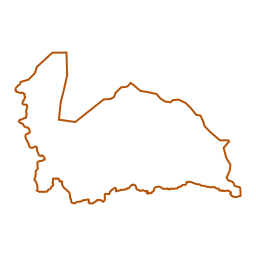 Solís de Mataojo, Lavalleja, Uruguay
{"feature_id": "84410073B13887066663224", "entity_name": "Solís de Mataojo", "entity_type": "district", "adm_level": 2, "iso_a3": "URY", "parent_name": "Uruguay", "parent_adm1": "Lavalleja", "projection": "orthographic", "projection_center": [-55.418, -34.585], "detail": "fine", "context": "isolated", "style": "outline", "palette": "amber", "viewbox_px": 256, "rotation_deg": 0, "n_neighbors": 0, "source": "geoboundaries", "source_scale": "gbopen_adm2", "svg_char_len": 5753}
<svg xmlns="http://www.w3.org/2000/svg" viewBox="0 0 256 256"><path d="M36.9,190.6L39.7,191.9L42.1,191.6L42.7,191.9L43.4,192.0L44.9,191.6L46.6,191.7L47.3,191.5L48.1,189.9L48.7,189.5L49.8,189.2L50.5,188.7L51.1,187.9L51.2,187.1L51.4,186.7L52.6,185.9L53.1,185.0L53.2,184.3L53.0,183.7L52.7,183.4L52.6,182.9L52.9,181.9L52.8,181.4L53.1,180.6L53.0,180.3L52.9,179.5L53.0,178.9L53.2,178.5L53.5,178.4L54.1,178.6L54.8,178.6L56.2,178.9L56.9,178.8L57.0,178.7L56.9,178.5L57.9,178.5L58.5,178.7L58.9,179.1L58.9,179.4L59.2,179.7L59.2,180.3L60.0,181.6L60.3,181.6L60.2,181.3L60.5,181.1L61.6,181.2L61.8,181.3L62.2,182.0L62.0,183.6L62.1,184.8L63.9,187.7L64.4,188.3L66.7,190.0L67.1,190.6L67.4,191.1L68.6,191.7L69.2,192.6L69.4,193.2L69.6,193.4L69.8,194.7L70.2,195.5L69.9,196.6L70.1,197.5L70.1,197.8L70.4,198.0L70.8,198.6L70.8,199.3L71.2,199.9L71.2,200.4L71.1,200.9L71.6,202.6L73.5,203.2L74.6,203.3L75.2,203.2L75.8,202.5L77.1,201.9L79.3,201.7L81.2,201.3L81.7,201.3L82.2,201.0L82.5,200.5L83.3,200.1L84.1,200.2L84.6,200.0L86.4,199.9L87.2,199.6L88.6,199.6L89.0,200.0L89.0,200.7L88.9,201.4L88.5,202.3L88.9,202.8L89.1,203.1L89.8,203.4L92.7,203.4L93.4,203.0L93.6,202.7L94.1,202.3L94.8,201.9L95.6,201.7L95.7,201.4L95.8,201.2L97.1,200.4L97.1,200.1L97.5,199.9L99.0,200.1L100.4,200.0L101.2,200.4L101.5,200.7L102.4,201.2L102.6,201.7L103.2,201.7L103.8,201.2L104.3,200.7L104.9,198.8L104.7,195.6L104.9,194.6L105.1,194.1L105.3,193.9L109.1,194.1L109.5,193.6L110.0,191.8L110.9,190.8L111.0,190.8L111.2,190.4L111.7,190.0L112.3,189.6L112.7,189.6L113.2,188.9L114.4,188.2L114.9,187.7L115.3,187.9L116.1,189.0L116.3,189.9L116.1,190.3L116.0,190.9L116.1,191.2L116.6,191.3L117.6,190.9L119.4,190.6L120.6,190.0L122.5,189.8L123.0,189.9L123.6,189.6L124.0,189.7L125.6,189.4L125.8,189.0L126.6,188.9L127.2,188.4L127.5,188.6L127.9,188.5L129.2,187.8L129.7,186.9L131.3,185.5L131.7,185.0L132.2,184.8L132.9,185.0L133.2,184.9L133.4,184.6L134.5,184.8L135.3,185.5L135.8,186.4L136.5,188.9L136.7,189.2L137.9,189.9L139.0,190.1L139.8,190.8L140.3,190.9L140.8,190.9L141.1,190.6L141.7,190.6L142.4,190.3L143.4,190.4L145.5,191.5L145.9,191.4L146.2,191.1L146.4,191.3L146.6,190.9L147.3,190.9L147.6,191.2L147.6,191.7L147.4,192.5L147.1,193.1L147.8,193.7L148.1,193.6L148.1,193.4L149.5,193.0L150.8,193.3L151.2,193.2L151.8,192.6L152.4,191.7L153.4,191.1L153.7,190.8L154.0,190.1L154.0,189.5L154.8,187.8L155.7,187.2L157.8,186.6L159.1,186.7L159.9,186.9L160.9,187.4L162.6,188.6L162.9,188.7L164.4,188.9L165.0,188.8L165.5,188.9L166.8,188.6L167.6,188.5L168.1,188.7L168.1,189.2L168.7,189.4L170.3,189.2L170.7,188.7L171.4,188.5L173.7,188.9L176.1,188.4L176.8,188.6L177.6,188.3L178.3,187.1L179.2,186.8L179.7,186.9L180.8,186.6L182.6,185.0L183.8,184.8L184.6,185.0L185.5,184.8L185.8,184.5L186.3,183.7L186.5,182.0L186.6,181.9L187.5,182.3L189.6,181.7L191.0,181.9L192.3,182.6L193.5,183.0L195.1,183.7L196.3,183.9L197.6,184.4L198.3,184.3L199.7,184.4L200.9,185.5L201.5,185.7L204.8,185.9L206.4,186.7L207.2,186.9L211.8,187.3L214.3,187.0L214.6,187.1L214.9,187.6L216.3,188.4L218.0,188.6L218.6,188.6L218.8,189.2L218.7,189.7L219.6,190.4L220.1,190.7L220.6,190.6L221.0,190.3L221.5,190.5L222.2,191.0L222.7,191.0L223.1,190.5L223.7,190.9L224.9,191.1L225.6,190.7L226.4,190.6L227.4,190.8L228.4,190.7L228.8,190.8L229.5,191.5L230.2,191.7L230.9,192.3L231.0,192.7L230.9,193.2L230.3,193.7L230.4,194.3L230.6,194.7L231.3,195.2L231.9,196.0L232.8,196.3L233.4,196.9L234.2,196.9L234.9,197.1L236.8,196.9L240.6,195.8L240.3,188.4L239.8,187.3L236.9,186.6L234.7,185.8L234.1,184.6L233.5,182.8L231.6,181.3L229.0,180.8L227.2,178.8L226.7,177.4L229.7,170.7L230.4,164.6L226.2,157.8L225.3,154.1L223.6,147.9L229.1,141.5L228.3,140.3L220.0,140.4L210.6,132.3L204.6,126.2L203.1,121.3L200.5,115.6L196.2,114.8L191.0,108.3L185.5,102.9L178.6,99.6L172.9,100.1L170.4,102.3L165.3,101.6L160.4,98.5L156.5,94.0L148.2,92.2L140.3,90.8L133.0,84.6L130.5,82.9L128.7,85.4L126.2,86.9L121.3,87.3L115.6,92.8L113.9,97.2L110.2,99.0L103.6,99.5L75.3,122.0L58.9,119.7L60.8,101.8L63.8,90.2L67.1,75.3L66.5,52.6L52.3,52.7L36.9,66.9L34.8,73.2L28.5,79.6L20.6,82.0L20.2,83.6L19.7,84.4L19.3,84.8L17.6,85.8L17.1,86.6L16.0,87.8L15.5,88.5L15.6,89.2L15.4,90.4L15.5,90.6L16.1,90.8L16.2,91.0L16.0,91.3L16.9,92.0L17.4,92.0L18.3,92.4L20.7,93.1L21.1,93.0L21.5,92.6L23.0,92.9L23.3,93.0L23.7,93.6L24.5,94.0L24.6,94.3L24.3,94.6L24.3,95.1L24.9,96.7L25.2,97.1L24.4,99.0L23.5,100.6L22.9,101.1L22.5,103.0L22.5,103.4L22.8,104.1L23.4,104.4L23.9,104.5L24.4,104.4L26.1,105.0L26.7,104.8L27.3,106.0L26.8,108.9L26.5,109.8L26.3,110.0L26.1,111.0L26.2,112.3L26.6,112.9L26.6,113.3L26.6,114.1L26.5,114.7L26.2,115.3L26.4,115.8L25.9,117.2L25.9,117.8L24.3,118.1L23.4,118.6L21.0,119.6L20.8,119.8L19.9,119.7L18.8,121.2L18.7,121.6L19.8,122.3L20.2,122.8L20.8,123.0L21.6,123.7L22.5,123.7L23.5,124.8L24.0,126.1L24.9,126.8L25.8,127.0L26.8,127.6L28.0,127.7L28.7,128.4L29.4,129.6L29.5,131.1L29.8,131.9L29.5,132.0L29.4,132.5L28.9,133.0L28.8,133.3L28.3,133.6L26.8,133.8L26.0,134.5L25.5,135.3L25.4,136.8L25.7,137.6L25.7,138.3L25.9,138.7L27.3,141.3L27.7,141.6L27.7,142.1L28.4,143.3L28.5,144.2L29.3,145.4L29.4,145.6L29.2,146.3L29.4,146.7L29.7,147.1L31.1,147.7L31.8,147.9L32.7,147.7L34.1,147.0L35.6,146.6L36.1,146.7L36.6,147.0L36.9,147.6L36.8,148.0L37.0,148.5L36.9,149.3L37.0,149.9L36.9,150.4L37.8,152.2L38.8,155.1L39.3,155.5L40.3,156.0L40.8,155.9L41.5,155.4L42.8,155.8L43.1,156.0L44.2,157.5L44.8,158.9L44.7,159.4L44.3,159.8L43.0,160.1L42.2,160.7L41.5,161.0L40.2,161.0L38.2,161.6L37.6,162.2L37.4,162.7L37.3,163.3L37.6,164.5L37.5,165.3L37.5,167.0L37.9,167.8L37.9,168.3L37.6,169.0L36.8,169.7L35.7,171.2L35.7,172.7L35.8,174.0L35.4,175.3L35.3,176.0L35.5,176.4L35.0,177.9L34.6,178.5L34.4,179.7L34.6,180.2L35.1,180.6L35.7,181.4L36.4,182.9L36.6,183.4L36.8,183.7L36.9,184.8L37.4,186.1L37.5,187.2L37.4,189.7L37.3,190.2L36.9,190.6Z" fill="none" stroke="#b45309" stroke-width="2"/></svg>